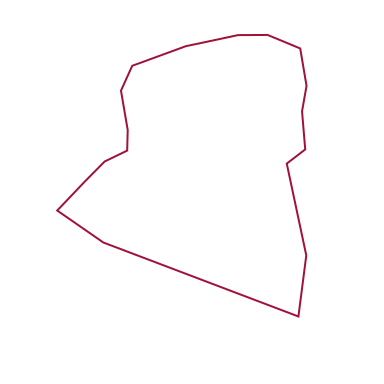 SVG path tracing the border of Nadur, rotated 168°
{"feature_id": "MLT-5979", "entity_name": "Nadur", "entity_type": "state/province", "adm_level": 1, "iso_a3": "MLT", "parent_name": "Malta", "parent_adm1": "", "projection": "mercator", "projection_center": [14.297, 36.047], "detail": "fine", "context": "isolated", "style": "outline", "palette": "rose", "viewbox_px": 384, "rotation_deg": 168, "n_neighbors": 0, "source": "natural_earth", "source_scale": "10m", "svg_char_len": 385}
<svg xmlns="http://www.w3.org/2000/svg" viewBox="0 0 384 384"><g transform="rotate(168 192 192)"><path d="M113.8,48.1L289.2,161.0L327.7,201.9L295.3,224.1L271.1,240.0L246.8,246.0L242.0,266.0L240.4,305.9L224.2,327.9L167.7,335.9L114.4,335.9L85.4,329.9L56.3,309.9L57.9,272.0L67.6,248.0L72.4,210.1L93.4,200.1L93.4,106.2L113.8,48.1Z" fill="none" stroke="#9f1239" stroke-width="2"/></g></svg>